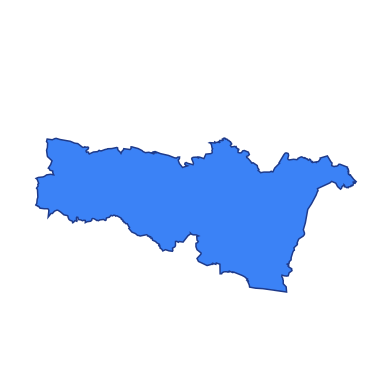 the district of Ixmiquilpan, Hidalgo, Mexico, rotated 287°
{"feature_id": "50627088B45047624087039", "entity_name": "Ixmiquilpan", "entity_type": "district", "adm_level": 2, "iso_a3": "MEX", "parent_name": "Mexico", "parent_adm1": "Hidalgo", "projection": "equal_earth", "projection_center": [-99.19, 20.539], "detail": "fine", "context": "isolated", "style": "filled", "palette": "blue", "viewbox_px": 384, "rotation_deg": 287, "n_neighbors": 0, "source": "geoboundaries", "source_scale": "gbopen_adm2", "svg_char_len": 6058}
<svg xmlns="http://www.w3.org/2000/svg" viewBox="0 0 384 384"><g transform="rotate(287 192 192)"><path d="M124.0,311.7L128.8,309.8L130.9,306.1L134.4,305.0L135.0,304.3L135.9,304.1L137.3,302.6L138.8,302.4L138.8,304.7L139.3,307.2L140.0,308.5L143.1,308.5L146.0,310.6L146.6,310.4L146.9,309.8L147.8,309.7L148.5,306.6L149.2,306.3L149.3,305.5L150.5,305.9L150.9,304.2L152.3,305.7L153.8,305.4L156.0,306.6L158.4,306.0L163.9,306.0L165.6,306.3L166.2,306.9L168.5,305.8L172.3,308.0L173.3,308.0L173.8,307.4L177.5,307.7L178.5,308.0L182.3,311.2L184.1,311.9L185.6,311.6L188.5,309.5L195.7,309.4L209.2,307.8L215.7,309.7L225.3,311.6L229.1,311.8L230.0,312.2L231.9,311.0L241.1,321.3L243.0,322.5L242.5,326.9L239.7,329.7L238.1,333.2L239.3,333.9L241.1,333.9L242.9,335.1L242.6,335.5L243.3,335.3L242.9,336.0L241.6,336.2L241.8,337.6L241.4,338.4L241.5,339.2L242.2,339.7L242.0,340.3L242.8,340.4L243.6,342.2L244.8,342.3L245.0,342.8L244.7,343.2L245.4,344.0L246.5,343.8L247.6,344.4L248.0,343.9L248.0,345.4L248.9,345.5L249.1,345.0L249.2,345.7L249.9,346.0L251.4,342.9L254.0,339.2L254.1,338.2L254.7,338.3L254.6,336.6L255.8,336.3L255.8,335.9L257.1,335.9L257.1,335.5L257.7,335.6L257.7,335.2L258.4,335.3L259.7,334.7L259.7,333.8L261.2,333.4L261.8,325.3L261.3,324.2L259.9,323.8L258.6,322.2L258.6,321.4L257.8,320.5L258.1,317.9L260.7,317.4L261.4,316.1L266.1,310.9L261.9,304.6L261.1,305.1L258.7,304.2L258.1,304.0L257.0,301.8L256.8,302.3L256.5,302.2L256.8,301.3L255.4,298.6L255.6,297.9L256.3,298.0L256.1,297.1L257.6,295.8L257.8,294.9L256.5,294.4L256.8,292.9L257.3,292.8L257.3,291.3L257.7,290.5L257.7,289.8L257.3,289.9L257.3,288.8L257.7,286.7L257.1,285.6L255.1,283.5L254.5,283.6L253.6,282.9L253.0,279.6L251.1,275.6L251.2,274.6L251.9,273.8L255.2,273.7L256.7,272.9L257.0,272.4L256.9,270.5L256.3,269.7L254.6,269.0L245.3,266.7L245.1,267.3L239.1,264.1L235.0,263.5L234.7,262.7L235.0,261.7L233.7,260.4L232.1,255.0L230.5,251.9L231.5,250.3L231.8,249.0L233.1,249.4L234.3,247.8L236.4,246.6L237.8,242.0L237.8,241.6L237.2,241.1L237.2,240.4L238.1,239.6L239.7,237.1L240.8,235.2L240.9,234.3L242.0,233.8L243.1,235.2L244.6,235.9L246.6,234.2L247.0,229.9L246.2,228.5L244.0,227.7L243.3,226.3L243.3,224.5L245.4,223.8L245.5,224.3L246.5,224.3L247.2,221.5L248.2,221.0L247.8,220.6L248.2,219.7L246.6,216.5L247.9,215.0L249.5,215.9L250.3,215.4L250.4,214.6L251.3,214.1L251.4,213.2L252.1,212.0L251.9,211.4L252.8,209.8L252.4,208.7L253.0,208.3L252.6,207.5L253.0,207.0L252.2,206.1L250.9,206.5L251.1,205.6L250.0,205.8L249.4,203.5L248.1,203.5L247.6,204.0L247.3,203.7L247.3,203.1L247.8,202.5L247.0,201.9L246.3,200.3L246.5,199.2L245.6,199.6L244.4,194.5L244.2,194.3L244.2,195.1L243.1,196.7L239.8,198.4L239.5,199.0L237.5,198.9L236.0,199.8L235.2,199.7L234.2,198.8L232.3,194.2L227.4,193.6L227.6,189.0L227.0,188.2L227.4,187.5L227.2,187.2L226.5,187.8L226.6,185.9L225.5,183.0L224.7,182.1L223.6,182.0L220.0,185.0L218.4,185.0L218.2,179.5L218.5,177.8L217.6,176.9L216.5,176.9L215.8,178.1L215.7,180.0L212.7,175.8L215.4,171.8L217.2,170.3L218.5,169.5L220.2,170.2L221.8,169.9L221.2,168.2L219.9,167.2L219.6,165.2L220.1,158.9L219.5,150.6L219.9,144.9L219.2,143.6L218.7,145.2L218.1,143.2L217.3,144.9L217.4,139.2L216.0,135.9L216.4,133.2L217.0,132.2L217.8,127.8L217.6,121.2L217.3,120.5L215.8,121.0L214.5,120.3L213.5,114.1L212.4,114.1L210.3,113.1L208.1,112.8L209.4,111.3L210.1,109.6L211.1,108.4L212.4,108.0L212.6,107.1L210.1,102.6L208.7,98.7L208.2,98.3L207.2,96.4L204.9,93.4L204.5,92.2L204.7,91.0L203.0,89.9L201.4,86.0L198.3,82.6L198.8,81.9L199.7,81.5L199.9,80.7L199.1,79.6L200.1,78.7L200.6,78.6L202.5,80.0L203.7,80.2L204.4,79.9L204.5,79.1L203.8,77.6L203.9,76.3L203.4,76.2L202.7,74.4L204.9,68.6L204.4,65.5L204.9,60.8L203.6,50.3L203.6,46.5L203.1,45.4L201.1,43.1L200.3,38.0L197.7,38.1L196.6,39.6L192.2,40.7L189.4,40.7L184.4,43.0L183.6,43.5L180.9,49.0L176.8,48.8L172.8,47.6L172.5,48.8L171.5,49.5L171.3,50.1L171.3,52.7L169.8,53.2L168.0,54.7L167.6,51.6L165.9,48.0L163.8,46.3L162.8,45.0L161.0,40.8L159.4,38.9L158.8,40.3L155.5,42.8L154.2,42.3L152.7,43.1L150.2,42.2L149.2,43.5L142.0,46.1L139.6,46.1L135.7,46.9L133.9,46.4L133.6,46.9L133.7,48.6L133.2,48.9L133.1,50.2L132.1,51.3L132.8,55.6L133.8,58.8L133.6,59.6L132.6,60.5L126.0,61.8L130.2,63.4L130.7,64.8L133.5,66.1L135.2,68.2L135.3,69.2L134.5,72.1L132.7,76.2L133.0,79.6L132.7,80.4L131.4,81.0L129.8,82.4L129.2,84.0L129.3,84.9L129.0,86.2L127.7,86.8L128.2,87.5L130.4,88.4L130.3,90.4L131.1,90.4L132.1,89.4L133.8,89.0L134.3,89.2L134.4,90.2L132.4,91.5L132.8,93.8L132.5,95.7L133.4,96.9L133.6,98.3L131.5,98.9L132.8,100.2L134.4,103.6L135.7,104.4L136.7,104.1L137.6,104.7L137.8,106.3L136.9,109.5L137.3,110.0L137.2,111.0L138.3,111.9L139.9,115.5L139.4,117.3L139.8,117.9L142.2,117.8L143.7,120.3L146.0,121.4L145.9,122.9L147.0,124.0L147.1,125.4L146.6,126.0L147.3,127.1L146.4,131.5L145.9,132.4L145.5,132.2L145.1,132.9L144.8,134.2L143.9,134.5L144.0,135.1L143.0,136.0L143.3,136.4L142.3,138.2L142.8,139.4L140.6,141.5L140.0,142.6L138.7,142.2L136.1,146.2L135.7,150.1L134.6,152.6L134.9,154.3L134.7,155.2L137.9,161.1L137.3,162.8L137.0,162.7L137.1,163.8L136.6,164.4L137.1,164.6L137.1,165.6L135.6,166.4L136.1,167.4L134.4,168.4L134.0,171.7L133.2,172.9L132.5,175.9L131.5,175.8L131.5,176.6L130.8,176.3L129.9,177.8L129.1,177.8L128.4,179.9L127.1,181.3L129.1,183.5L129.0,187.2L129.6,190.6L130.4,190.8L132.6,189.8L134.5,191.6L135.7,191.9L139.9,190.7L140.4,191.9L139.9,193.6L140.9,194.3L141.5,198.1L149.1,201.0L151.5,202.9L152.2,202.6L151.5,203.9L151.4,205.7L152.2,208.4L151.9,211.1L150.8,209.6L147.4,210.9L146.6,212.4L145.2,212.1L144.1,210.8L140.8,211.8L138.3,213.7L136.4,218.4L135.8,218.7L134.9,218.6L129.9,216.2L127.5,218.5L126.1,227.9L128.5,231.8L129.1,232.1L128.9,233.0L129.5,233.2L129.2,233.7L129.9,233.2L129.8,236.0L131.2,236.0L131.1,239.8L122.0,242.8L122.5,244.3L123.6,244.5L125.0,245.9L125.8,248.1L125.9,249.9L126.5,250.0L126.5,250.9L127.2,250.9L126.9,254.3L127.4,254.3L127.3,255.2L127.6,255.4L126.9,264.1L126.3,267.2L125.2,269.5L125.1,270.4L123.9,270.1L123.9,270.9L123.4,270.8L123.4,271.6L122.9,271.5L122.7,272.1L122.2,271.9L119.9,273.9L117.9,274.9L118.6,280.9L120.3,288.1L124.0,311.7Z" fill="#3b82f6" stroke="#1e3a8a" stroke-width="1.5"/></g></svg>